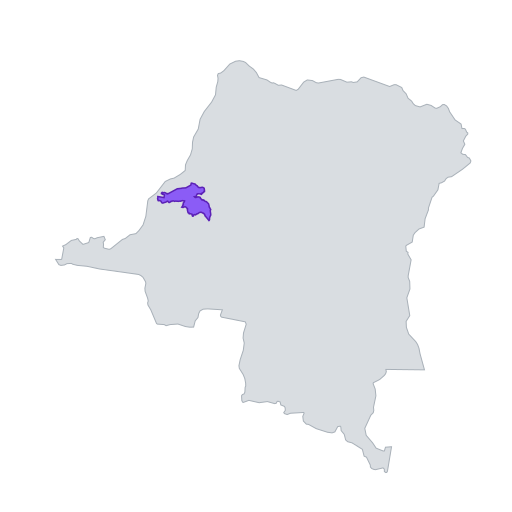 location of Inongo, Bandundu, Democratic Republic of the Congo, rotated 9°
{"feature_id": "63176286B68796769615290", "entity_name": "Inongo", "entity_type": "district", "adm_level": 2, "iso_a3": "COD", "parent_name": "Democratic Republic of the Congo", "parent_adm1": "Bandundu", "projection": "albers", "projection_center": [18.143, -1.932], "detail": "fine", "context": "in_parent", "style": "filled", "palette": "violet", "viewbox_px": 512, "rotation_deg": 9, "n_neighbors": 0, "source": "geoboundaries", "source_scale": "gbopen_adm2", "svg_char_len": 8684}
<svg xmlns="http://www.w3.org/2000/svg" viewBox="0 0 512 512"><g transform="rotate(9 256 256)"><path d="M440.2,342.1L402.0,347.7L402.8,349.9L402.4,352.1L401.4,353.9L397.5,358.6L391.7,362.8L391.7,363.9L394.5,368.7L396.3,375.3L395.7,387.0L396.5,390.1L396.3,392.5L394.3,395.3L390.4,409.2L392.9,415.9L400.4,422.3L404.7,427.0L412.1,428.7L413.3,428.5L413.8,424.6L419.7,423.2L419.5,447.9L419.0,449.3L418.0,449.6L416.5,448.8L416.1,446.5L414.6,445.4L407.3,448.4L405.5,448.3L403.5,447.8L402.0,446.5L401.6,444.6L396.6,437.4L394.1,436.8L391.3,430.3L380.0,425.5L375.6,425.1L373.3,423.6L371.1,418.4L367.4,415.1L366.5,411.5L365.8,410.9L363.4,411.7L361.4,417.4L358.8,418.8L354.2,418.9L342.5,417.1L334.2,414.1L332.0,414.2L328.6,411.6L327.3,407.1L328.1,403.6L327.5,403.1L314.7,405.9L311.6,407.7L308.7,407.2L307.9,406.3L309.1,403.9L308.5,401.3L307.6,400.1L303.8,399.2L302.7,396.4L300.4,396.0L299.6,396.4L299.0,398.3L297.6,398.9L290.0,398.0L282.1,400.4L271.5,399.7L266.4,402.6L265.7,402.5L264.6,401.0L263.6,396.3L264.2,395.0L265.8,394.1L266.3,392.2L265.8,387.3L266.2,386.1L265.7,383.3L264.1,378.8L261.9,375.1L257.1,369.6L256.3,367.0L256.6,360.9L258.2,351.1L258.0,343.8L256.1,339.1L255.7,334.0L257.0,324.9L255.7,322.7L231.6,321.8L230.6,321.1L230.1,319.9L231.2,314.4L216.5,315.8L212.1,316.8L209.3,319.0L208.4,321.8L208.3,325.8L206.1,329.6L205.5,336.0L201.4,336.7L197.3,336.7L189.5,335.4L181.8,337.2L178.1,338.9L176.1,338.1L169.2,338.7L168.3,338.2L160.5,325.6L157.0,321.4L156.3,319.3L156.6,317.3L155.6,314.7L152.0,308.2L151.3,305.2L151.5,300.4L151.0,298.8L147.7,294.7L145.5,293.4L143.1,292.6L103.6,293.3L90.6,292.6L81.0,293.2L76.2,292.8L74.9,292.2L70.5,293.1L68.2,294.8L64.8,295.8L62.7,295.4L58.6,290.7L64.2,289.9L64.6,289.4L64.9,278.1L63.4,276.5L66.4,274.5L71.2,269.5L75.9,267.7L76.5,266.7L77.5,266.8L79.2,268.8L83.3,271.6L88.3,269.1L88.8,268.5L89.5,263.6L90.7,263.2L92.9,264.2L94.1,264.2L96.3,262.8L102.7,260.4L104.6,263.5L102.9,266.3L103.6,268.3L103.8,271.3L104.9,272.0L109.9,272.4L111.4,271.6L121.5,260.5L124.1,259.2L128.3,254.7L133.9,252.7L136.4,249.2L139.6,243.0L141.0,234.0L140.5,218.4L141.0,216.4L147.7,209.4L154.7,196.6L159.4,193.3L162.9,191.9L168.4,187.3L172.7,182.6L172.1,177.0L173.2,172.4L175.5,166.4L176.3,160.2L175.5,153.6L175.8,148.2L179.1,139.6L179.4,129.7L182.3,121.4L188.1,110.9L190.8,103.1L190.3,95.4L191.0,89.7L190.7,86.4L189.7,83.5L190.2,81.7L192.4,80.9L195.2,78.1L200.1,70.5L205.4,66.8L209.1,65.7L212.9,65.8L215.4,66.5L219.5,69.4L224.2,71.8L227.7,74.8L231.1,79.3L239.3,80.4L242.9,82.1L245.0,82.7L245.8,82.2L247.5,82.5L251.4,83.9L254.5,83.1L269.8,86.2L271.6,84.7L275.9,76.8L279.1,74.1L284.3,73.9L288.4,75.4L290.6,75.4L309.4,68.7L311.8,68.4L318.6,70.1L323.1,69.0L324.9,69.4L328.7,68.2L331.9,63.5L334.5,62.4L361.5,67.7L365.6,65.2L367.6,64.9L373.6,66.8L375.4,69.7L378.9,72.3L381.5,76.4L385.5,78.7L387.5,81.0L389.8,82.5L394.7,83.1L401.0,79.4L405.4,79.9L409.8,81.9L411.3,81.9L414.7,79.7L416.5,77.4L418.2,76.9L420.8,78.0L422.9,80.1L424.7,83.3L431.4,90.5L437.9,93.6L439.5,97.9L441.8,97.5L443.0,98.0L444.7,100.7L445.9,101.3L446.1,102.4L444.4,105.0L442.8,109.9L444.8,113.0L443.1,117.4L442.2,122.0L444.3,123.2L447.0,123.1L449.5,125.5L451.4,125.9L453.4,128.5L453.0,130.6L446.4,138.0L436.7,147.1L433.4,148.1L431.7,149.8L430.5,152.5L427.7,154.7L425.5,155.6L425.3,162.2L421.9,169.1L420.7,170.4L418.8,181.6L419.1,183.5L417.2,192.7L417.5,201.2L412.8,203.8L409.5,207.9L408.1,210.8L408.1,217.8L402.8,222.0L402.4,222.9L403.7,227.8L405.6,228.6L405.6,230.3L409.8,235.5L409.4,251.7L409.6,253.3L411.8,257.1L413.2,264.5L411.5,273.7L417.2,290.8L414.5,297.1L415.7,303.0L419.1,309.3L427.2,315.6L429.4,318.1L431.4,321.6L433.3,326.9L440.2,342.1Z" fill="#d9dde1" stroke="#a8b0b8" stroke-width="1"/><path d="M167.7,201.9L167.1,202.4L159.5,208.2L159.4,208.2L159.1,208.1L158.6,208.6L158.3,208.4L158.2,208.4L157.7,208.4L157.4,208.1L157.2,207.9L156.6,207.8L156.3,207.7L155.9,207.7L155.6,207.6L155.2,207.7L154.5,208.0L154.2,208.1L153.8,208.1L153.4,207.8L153.1,208.2L152.8,208.6L152.8,209.0L152.9,209.3L153.0,209.3L153.1,209.2L153.4,209.0L153.5,209.0L153.8,209.1L154.0,209.5L154.1,209.4L154.4,209.5L154.7,209.7L154.9,209.7L155.4,209.7L156.0,209.9L156.0,212.7L149.7,212.6L149.7,212.8L149.9,213.2L149.9,213.4L149.9,213.8L149.9,214.0L149.8,214.6L150.0,214.8L150.1,215.3L150.1,215.5L150.3,215.6L150.5,216.4L150.8,216.7L151.0,216.7L151.4,216.5L151.5,216.4L152.0,216.4L153.2,216.6L153.5,216.7L153.6,216.8L154.4,217.9L154.6,218.1L154.8,218.2L155.1,218.3L155.6,218.3L155.9,218.2L157.6,217.3L157.9,217.2L158.4,217.0L158.7,216.8L159.2,216.3L159.3,216.2L159.8,215.7L160.0,215.7L160.3,215.7L160.6,215.9L161.0,216.4L161.3,216.5L161.7,216.8L161.8,216.8L162.3,216.6L162.5,216.3L162.8,216.0L162.9,215.9L163.2,215.9L163.3,215.8L163.2,215.5L163.4,215.3L164.1,215.0L164.3,215.0L164.5,215.1L164.8,214.8L165.0,214.7L165.4,214.5L165.9,214.5L166.3,214.6L166.7,214.8L166.8,214.7L167.3,214.6L167.9,214.4L168.2,214.3L168.7,214.3L169.2,214.3L169.7,214.2L170.8,214.2L171.0,214.1L171.9,213.8L172.3,213.7L173.0,213.7L173.3,213.5L173.5,213.2L173.9,213.2L174.1,213.1L174.4,212.9L174.7,212.9L174.9,212.8L176.0,212.8L176.8,212.7L176.8,213.2L176.8,213.6L176.5,214.0L176.4,214.2L176.3,214.5L176.2,214.7L176.0,215.0L175.8,215.2L175.9,215.6L176.1,216.0L176.0,216.3L176.1,216.7L176.1,216.9L175.9,217.0L175.6,217.3L175.7,217.5L175.7,217.8L175.7,218.2L175.6,218.4L175.4,218.7L175.2,219.1L175.0,219.4L175.3,219.5L175.6,219.5L175.8,219.5L176.1,219.3L176.3,219.3L176.5,219.4L176.7,219.2L176.8,219.0L177.1,218.9L177.6,218.8L177.8,218.7L178.0,218.4L178.3,218.4L178.9,218.6L179.5,218.9L179.6,219.0L180.1,219.5L180.5,219.6L181.0,220.0L181.1,220.4L181.0,220.5L180.9,220.6L181.0,221.2L181.6,222.7L181.8,223.2L182.2,223.9L182.3,224.0L182.8,224.0L183.2,224.0L183.3,224.1L183.3,224.3L183.3,224.7L183.4,224.8L183.7,224.8L183.9,224.7L184.6,224.5L184.9,224.6L186.2,224.7L186.4,224.8L186.5,225.6L186.7,226.1L186.9,226.4L187.1,226.6L187.3,226.6L187.9,226.3L187.9,226.1L187.8,225.6L187.8,225.4L188.1,225.1L188.9,224.8L189.0,224.7L189.3,224.9L189.5,224.9L189.8,224.9L190.0,224.8L190.1,224.6L190.3,224.3L190.6,224.1L190.8,223.8L191.0,223.6L191.3,223.4L191.5,223.4L191.7,223.5L191.8,223.5L192.4,222.8L192.9,222.3L193.1,222.1L193.5,221.8L193.8,221.7L194.2,221.6L194.4,221.6L194.8,221.3L195.0,221.4L195.6,221.5L195.8,221.5L196.0,221.7L196.7,221.8L196.9,222.0L197.1,222.1L197.4,222.1L197.5,222.0L197.9,222.2L198.1,222.6L198.5,222.8L198.8,222.9L199.0,223.6L199.3,224.0L199.4,224.4L199.9,224.6L200.0,224.7L200.3,225.0L201.0,225.7L202.0,226.5L203.8,228.2L203.9,228.4L204.0,228.4L204.2,228.2L204.4,227.4L204.4,227.1L204.2,225.7L204.2,225.4L204.3,225.2L204.3,224.7L204.5,223.9L204.6,223.6L204.8,223.1L204.9,222.6L204.8,222.3L204.8,221.9L204.1,219.7L203.7,218.4L203.7,218.2L203.9,217.8L203.9,217.6L204.0,217.2L203.9,217.0L203.6,216.7L203.3,216.5L203.0,215.8L202.9,215.7L202.4,215.3L202.2,215.0L202.0,214.7L202.0,214.2L201.8,213.9L201.8,213.7L201.0,211.9L198.6,210.1L198.4,210.0L198.1,210.0L197.6,210.1L196.9,209.8L196.6,209.5L196.4,209.5L196.2,209.3L196.0,209.2L195.9,209.2L195.6,208.8L195.4,208.9L195.1,209.2L194.9,209.0L194.8,208.9L194.4,208.9L194.2,208.8L193.9,209.1L193.1,208.3L192.9,208.3L192.4,207.9L192.1,207.8L192.0,207.7L192.0,207.3L191.9,207.0L191.8,206.9L191.4,206.7L191.2,206.6L190.6,206.7L189.9,206.6L189.7,206.6L189.2,206.8L188.9,206.8L188.8,207.0L188.7,207.0L188.3,207.1L188.1,207.2L187.8,207.5L187.6,207.6L187.1,207.6L186.9,207.7L186.6,207.5L186.4,207.5L186.1,207.2L185.9,207.1L186.1,207.0L186.2,206.9L186.5,206.9L186.7,207.0L186.8,207.0L187.0,206.9L187.5,206.3L187.6,206.0L187.7,205.8L187.8,204.9L188.1,204.5L188.2,204.3L188.3,204.2L188.3,203.9L188.5,203.9L188.6,203.7L188.9,203.7L189.0,203.7L189.3,203.5L189.7,203.5L190.0,203.4L190.6,203.4L191.1,203.4L192.1,202.9L192.3,203.0L192.3,203.7L192.5,203.7L192.7,203.3L192.8,203.0L192.8,202.9L193.0,202.7L192.9,202.5L192.9,202.4L193.2,202.3L193.6,201.7L194.0,201.7L194.4,201.3L194.5,201.0L194.4,200.7L194.5,200.2L194.9,200.1L195.0,200.1L194.8,198.8L194.5,198.3L194.3,197.4L194.2,197.2L193.6,196.8L193.4,196.8L192.9,196.6L192.6,196.5L192.3,196.5L191.9,196.6L191.5,196.8L191.1,196.8L190.7,197.1L190.3,197.2L190.0,197.2L189.7,197.3L189.3,197.2L189.1,197.2L188.8,197.3L188.7,197.3L188.3,197.1L188.1,196.9L187.7,196.7L187.5,196.4L187.2,196.2L186.9,195.8L186.3,195.7L186.0,195.5L185.6,195.2L185.3,195.1L185.2,195.0L184.8,194.6L184.7,194.5L184.4,194.4L183.8,194.4L182.9,194.3L182.5,194.3L182.1,194.2L181.7,194.1L181.4,194.2L181.1,194.1L180.7,194.1L180.6,194.3L180.6,195.3L180.6,195.5L180.5,196.2L180.4,196.3L178.6,197.7L176.0,199.7L175.5,199.8L172.3,200.5L172.1,200.6L171.9,200.8L170.3,201.2L170.0,201.3L169.9,201.4L169.4,201.4L169.1,201.5L168.6,201.8L167.9,201.8L167.7,201.9Z" fill="#8b5cf6" stroke="#5b21b6" stroke-width="1.5"/></g></svg>